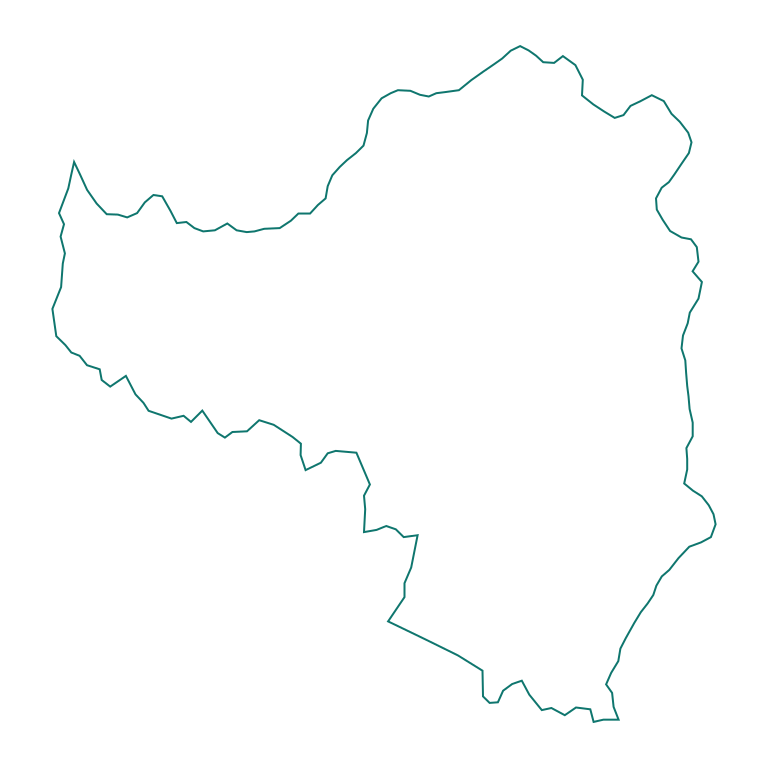 outline of Monte Sião, Minas Gerais, Brazil
{"feature_id": "56859067B91379037396380", "entity_name": "Monte Sião", "entity_type": "district", "adm_level": 2, "iso_a3": "BRA", "parent_name": "Brazil", "parent_adm1": "Minas Gerais", "projection": "equal_earth", "projection_center": [-46.525, -22.428], "detail": "fine", "context": "isolated", "style": "outline", "palette": "teal", "viewbox_px": 768, "rotation_deg": 0, "n_neighbors": 0, "source": "geoboundaries", "source_scale": "gbopen_adm2", "svg_char_len": 2472}
<svg xmlns="http://www.w3.org/2000/svg" viewBox="0 0 768 768"><path d="M701.9,282.0L692.6,271.3L698.5,261.7L696.8,247.1L691.0,239.3L681.5,237.5L670.1,231.0L662.7,219.8L656.8,209.6L656.0,198.4L661.7,187.7L668.9,182.1L674.4,174.4L681.1,164.4L688.9,153.0L691.5,142.3L688.2,132.7L679.8,121.8L671.5,113.8L663.8,101.1L651.8,95.2L640.6,101.1L630.5,105.9L623.5,115.1L614.7,117.9L604.3,111.6L593.3,104.4L582.0,95.4L582.8,79.7L575.4,65.1L562.9,56.1L554.1,62.9L543.2,62.2L536.1,55.7L528.6,50.4L520.1,46.1L510.7,50.7L502.2,58.5L494.4,64.0L483.0,71.8L471.3,80.1L458.9,90.2L445.1,92.1L436.3,93.2L428.8,96.5L420.0,94.8L410.4,90.8L397.9,90.2L390.7,93.2L381.6,98.3L373.3,108.7L368.1,120.5L366.9,133.0L363.5,145.6L356.0,153.0L346.9,160.2L339.7,167.0L332.3,175.3L327.7,186.2L325.6,198.4L317.9,205.0L310.1,213.5L298.4,213.5L290.9,220.7L279.7,228.1L264.2,228.8L254.5,231.4L246.7,232.1L236.6,230.3L227.3,223.5L214.9,230.3L203.2,231.4L194.4,228.1L186.4,222.0L176.8,223.1L170.5,210.9L162.2,196.3L153.4,195.0L144.8,202.4L137.1,213.1L127.2,217.4L117.9,214.6L106.7,214.2L96.6,203.5L87.1,189.9L80.0,174.4L74.1,162.0L71.2,174.9L68.3,188.4L59.0,213.1L64.0,224.2L60.6,236.6L64.9,253.4L62.8,263.5L61.1,287.1L52.4,308.9L56.3,336.2L65.4,345.1L71.3,352.5L79.6,355.8L87.0,365.2L99.7,369.3L101.7,380.0L110.2,386.6L125.9,375.9L135.5,394.4L143.5,402.9L148.6,410.8L162.7,415.6L171.5,418.6L183.6,415.8L191.0,421.9L202.3,410.6L217.7,433.1L224.9,437.6L232.4,432.0L247.0,431.3L259.2,420.2L273.7,424.8L284.1,431.5L292.6,437.0L300.9,443.7L300.6,455.1L305.6,470.1L320.9,462.7L327.7,453.3L335.7,450.9L356.4,452.7L369.9,484.5L364.0,495.7L365.2,509.2L364.0,532.1L376.6,529.9L386.2,526.0L395.8,529.3L403.7,537.1L417.6,535.2L411.2,567.5L404.5,583.2L404.5,597.1L388.1,621.4L425.0,639.2L457.9,655.4L482.5,670.7L483.0,696.4L489.6,702.9L497.9,702.3L503.1,690.7L512.2,684.0L521.8,680.7L529.3,694.7L541.8,710.1L551.4,708.0L564.8,715.2L576.0,707.5L590.3,709.3L593.6,721.9L603.3,719.7L618.6,719.7L613.6,706.9L612.1,692.9L606.1,684.4L611.2,672.8L618.3,661.1L620.4,648.6L625.8,638.1L634.3,622.9L640.8,612.2L647.6,603.5L653.3,595.0L656.4,585.6L661.8,576.4L669.3,569.9L678.5,558.1L689.3,546.7L701.0,542.4L710.9,537.1L715.6,524.3L713.5,514.2L708.8,505.3L701.8,496.3L693.0,490.7L684.2,483.5L687.2,469.5L687.2,459.0L686.4,448.1L692.7,436.3L692.7,422.6L689.6,409.0L688.5,396.2L687.2,385.9L686.1,372.6L685.3,360.4L681.5,348.4L683.0,335.5L687.7,323.3L689.8,312.6L698.5,298.6L701.9,282.0Z" fill="none" stroke="#0f766e" stroke-width="2"/></svg>